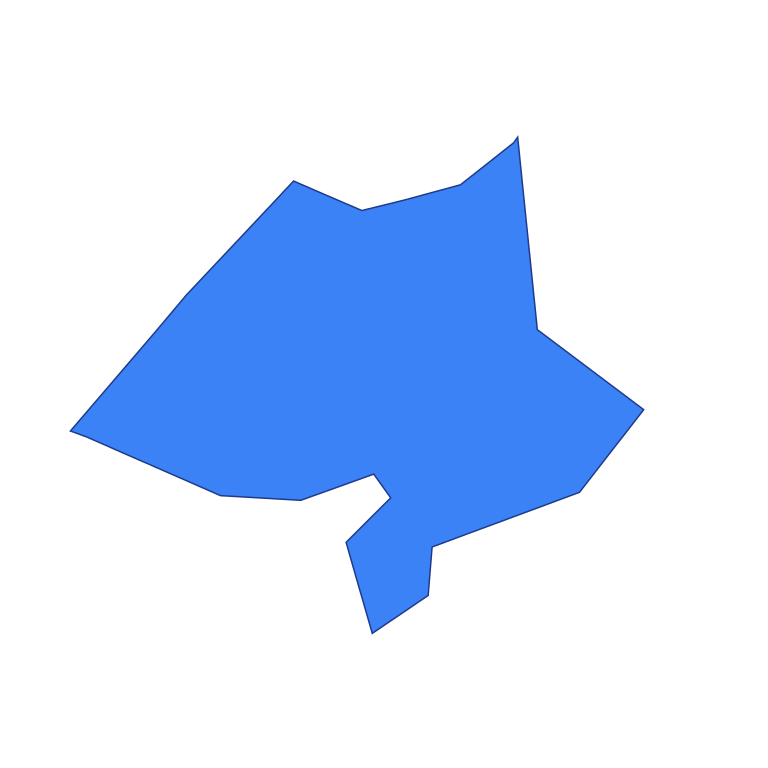 outline of Asgat, Dzavhan, Mongolia, rotated 318°
{"feature_id": "93677404B85882553736113", "entity_name": "Asgat", "entity_type": "district", "adm_level": 2, "iso_a3": "MNG", "parent_name": "Mongolia", "parent_adm1": "Dzavhan", "projection": "robinson", "projection_center": [96.685, 49.51], "detail": "fine", "context": "isolated", "style": "filled", "palette": "blue", "viewbox_px": 768, "rotation_deg": 318, "n_neighbors": 0, "source": "geoboundaries", "source_scale": "gbopen_adm2", "svg_char_len": 1131}
<svg xmlns="http://www.w3.org/2000/svg" viewBox="0 0 768 768"><g transform="rotate(318 384 384)"><path d="M648.5,290.0L641.8,291.5L598.0,288.7L574.1,287.1L559.8,279.9L558.0,279.0L557.4,278.7L552.1,276.0L522.0,260.8L512.6,255.8L512.1,255.5L511.5,255.2L486.7,241.9L484.3,240.7L483.7,240.4L465.0,199.8L452.7,172.8L452.7,172.7L450.6,172.9L448.9,173.0L437.4,173.9L434.8,174.2L298.3,185.5L295.6,185.7L295.3,185.8L252.3,191.8L199.5,198.7L119.5,209.1L127.3,223.8L134.4,239.4L140.0,251.9L140.7,253.5L145.1,263.2L146.9,267.2L152.7,280.0L154.3,283.4L159.8,295.6L163.4,303.6L164.6,306.2L187.8,357.6L192.8,362.6L241.7,412.1L244.2,414.6L244.3,414.8L246.4,415.6L316.1,444.1L312.8,473.1L286.4,474.4L269.5,475.3L267.8,475.4L249.9,476.3L232.4,512.1L223.1,531.3L208.9,560.5L208.4,561.5L213.7,562.2L225.5,563.8L233.4,564.9L234.5,565.1L260.1,568.6L261.8,568.8L275.3,570.7L292.3,554.7L293.0,554.0L310.7,537.3L332.6,546.0L345.9,551.2L346.1,551.3L359.1,556.5L369.4,560.6L456.8,595.3L510.1,585.7L519.7,584.0L521.6,583.7L534.5,581.4L555.7,577.6L558.8,577.0L559.8,576.8L534.3,446.2L648.5,290.0Z" fill="#3b82f6" stroke="#1e3a8a" stroke-width="1.5"/></g></svg>